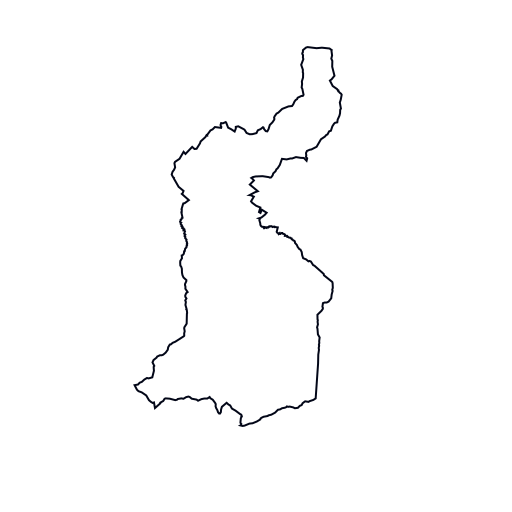 the district of Suseni, Harghita, Romania, rotated 329°
{"feature_id": "2599482B84922029149234", "entity_name": "Suseni", "entity_type": "district", "adm_level": 2, "iso_a3": "ROU", "parent_name": "Romania", "parent_adm1": "Harghita", "projection": "orthographic", "projection_center": [25.567, 46.618], "detail": "fine", "context": "isolated", "style": "outline", "palette": "ink", "viewbox_px": 512, "rotation_deg": 329, "n_neighbors": 0, "source": "geoboundaries", "source_scale": "gbopen_adm2", "svg_char_len": 6136}
<svg xmlns="http://www.w3.org/2000/svg" viewBox="0 0 512 512"><g transform="rotate(329 256 256)"><path d="M268.6,358.6L268.7,355.1L271.2,350.1L271.6,348.6L273.9,346.5L274.9,344.1L276.0,342.8L276.1,342.0L278.4,338.0L283.9,336.7L286.1,335.7L286.7,334.7L286.8,333.7L289.1,330.9L290.8,331.2L292.7,332.3L294.7,332.5L298.7,331.0L301.0,328.0L303.7,325.4L303.9,324.3L305.4,322.9L307.7,318.7L308.0,317.5L304.3,307.5L304.8,306.3L301.1,294.4L300.3,293.3L300.2,289.0L299.3,287.8L298.2,287.6L297.2,284.7L295.3,282.2L296.0,279.0L297.2,276.2L297.4,273.4L296.7,272.4L296.4,269.6L296.7,267.6L296.2,264.8L296.8,263.5L296.7,262.7L296.0,262.0L295.8,260.7L295.3,260.2L295.5,259.5L295.2,259.4L295.0,258.1L293.9,257.4L293.4,256.3L292.7,255.8L293.1,255.2L293.0,254.7L291.1,253.6L291.8,252.8L291.7,252.0L290.5,250.8L290.5,249.9L289.6,249.4L288.3,249.7L287.8,249.4L288.0,248.6L286.7,248.9L286.7,247.7L286.2,246.9L286.2,245.9L289.4,242.7L287.4,241.1L287.2,240.6L286.7,240.7L286.4,240.0L285.1,239.7L284.8,238.6L284.3,238.2L283.9,238.3L283.2,237.6L282.5,237.8L282.1,237.4L281.3,237.9L280.4,237.0L279.6,237.5L278.9,236.5L277.2,236.4L277.1,235.3L277.7,235.1L276.0,233.8L275.7,232.6L275.8,231.5L276.5,230.1L277.3,227.1L278.5,226.1L277.8,225.2L280.4,225.8L284.9,225.2L287.4,224.4L284.8,219.3L282.0,221.4L281.2,219.9L284.7,216.7L282.0,213.0L280.1,208.3L279.9,206.6L284.7,204.0L282.7,201.1L281.9,200.5L287.8,200.8L290.9,201.4L287.5,191.6L293.1,190.2L292.8,188.3L292.2,186.7L293.8,186.7L296.6,187.6L302.8,191.0L307.6,195.0L308.3,196.0L309.4,196.4L311.7,195.5L313.3,194.1L316.4,193.4L318.1,192.2L319.6,192.0L323.3,190.2L328.3,186.1L332.0,189.0L335.9,190.2L337.1,191.0L341.2,191.8L344.9,194.9L347.5,196.6L348.4,200.4L350.2,198.6L349.9,197.0L350.2,196.3L351.0,195.6L351.5,194.2L352.0,193.4L353.8,192.2L356.9,192.6L358.3,193.2L364.2,193.6L371.8,189.4L376.7,189.1L378.3,188.5L379.9,188.6L382.9,186.8L384.7,187.2L388.2,184.2L391.0,182.8L392.3,182.5L394.5,183.3L396.2,181.2L399.8,178.7L401.5,177.0L403.5,174.0L404.7,173.4L406.9,167.6L409.1,165.7L412.5,161.9L412.5,160.7L411.9,159.3L411.6,157.6L411.8,156.8L411.4,156.8L411.5,154.8L409.3,149.8L409.7,143.7L411.8,143.5L416.1,141.9L418.8,133.0L421.9,128.1L422.2,125.6L424.5,123.3L426.6,118.5L426.9,118.4L425.9,116.0L419.8,111.4L415.0,109.1L407.8,103.5L406.2,103.1L402.3,103.7L401.1,105.5L400.1,106.0L399.7,107.0L399.8,108.0L398.4,110.1L398.0,111.6L393.2,115.4L392.1,120.5L390.7,122.7L390.6,123.5L388.2,127.3L385.2,130.0L384.1,132.3L381.9,135.1L381.8,136.6L379.8,142.3L378.5,142.9L377.4,142.2L373.2,141.8L372.0,142.7L370.4,142.7L368.6,143.4L366.0,145.2L364.1,146.0L360.9,144.5L354.2,143.4L349.0,144.6L347.0,144.5L343.8,145.9L342.7,146.8L342.4,147.9L341.9,148.5L338.9,149.9L335.3,150.8L332.1,153.7L329.9,155.0L328.7,154.0L328.3,151.3L328.6,149.8L328.3,149.2L325.3,149.6L322.3,149.2L319.7,150.9L315.7,149.7L313.3,148.4L311.3,145.7L311.2,141.9L310.8,141.0L307.6,135.7L305.2,134.9L304.3,136.4L301.8,138.3L300.1,134.7L298.2,131.6L299.1,126.5L299.0,125.6L295.9,125.2L294.6,124.1L293.2,125.3L292.9,125.9L292.8,127.5L292.1,128.2L287.2,124.3L284.0,125.1L281.7,124.9L276.6,127.0L276.3,127.5L275.9,126.9L273.9,128.0L267.5,129.3L266.0,130.6L260.3,133.5L258.4,132.6L257.5,129.6L248.1,132.2L247.6,129.4L240.5,133.3L235.1,133.6L233.9,134.4L232.3,138.4L230.1,139.9L227.9,140.8L225.7,142.7L225.5,145.4L225.9,146.8L225.5,147.1L225.3,156.9L227.4,162.9L225.4,164.4L224.4,164.6L227.2,173.5L222.0,174.0L220.8,173.5L219.9,174.2L216.3,177.5L216.4,177.8L214.8,180.3L214.5,180.2L212.7,185.4L211.9,185.3L211.5,185.9L210.1,186.1L209.9,186.7L208.7,187.3L208.5,188.1L208.8,188.7L208.5,188.7L207.9,189.8L208.2,190.9L207.9,191.3L208.1,191.6L207.5,192.1L207.9,192.6L207.7,192.8L208.0,193.3L207.4,193.8L207.8,194.0L207.6,194.6L208.0,194.9L207.8,195.3L208.0,195.2L208.3,196.1L208.0,196.2L208.2,196.4L208.0,197.0L207.4,196.9L207.8,198.3L206.9,198.9L206.4,200.0L206.1,200.0L206.4,201.2L205.6,201.3L205.5,201.6L205.0,202.3L205.2,202.6L204.5,202.8L205.0,202.9L204.9,203.9L204.5,204.3L204.9,206.2L204.0,207.1L204.0,208.7L203.3,209.4L203.4,210.0L202.6,210.6L202.6,211.2L202.1,211.6L201.6,211.6L200.8,212.8L199.1,213.2L197.3,215.2L196.8,215.0L195.3,216.9L193.5,217.5L192.6,217.3L191.4,219.8L188.5,221.3L187.5,222.8L186.2,225.3L186.4,226.5L185.9,228.7L184.0,232.1L183.1,234.5L182.8,237.1L183.9,240.8L183.3,241.7L180.7,243.5L180.2,244.3L179.7,246.0L178.6,247.7L178.8,251.7L177.0,251.9L175.0,253.4L174.4,254.6L174.5,256.6L172.5,257.6L172.2,259.3L170.3,261.6L169.2,265.7L168.8,265.8L168.8,266.8L167.6,269.4L167.1,269.8L161.7,278.3L157.9,280.2L157.2,281.0L156.1,283.8L154.6,285.3L153.4,287.4L152.9,287.6L142.6,287.9L139.9,287.5L137.5,287.9L136.5,287.5L133.7,289.0L132.1,290.9L128.8,292.3L125.6,292.8L124.0,292.5L122.5,291.6L119.5,291.3L118.4,291.9L114.6,292.4L112.5,293.9L112.2,297.8L111.4,298.1L110.8,299.0L109.4,301.8L104.6,306.6L100.9,305.6L99.7,304.4L96.6,304.4L93.3,305.1L91.0,304.7L88.7,305.4L85.4,304.2L85.1,309.2L85.3,310.2L85.7,311.4L87.8,314.0L90.1,319.0L90.0,324.5L90.8,326.9L91.8,328.8L93.1,329.0L91.1,334.3L98.1,333.0L98.4,332.4L101.8,332.5L104.1,331.3L105.2,331.5L108.6,333.9L112.6,338.0L114.3,338.5L115.3,338.3L118.7,339.6L120.3,341.0L123.5,341.0L125.7,341.7L126.6,342.8L127.4,345.2L131.1,348.5L131.8,350.2L135.6,350.6L138.4,351.6L140.9,353.1L143.6,353.0L143.6,354.4L144.9,356.9L145.3,360.9L145.2,362.2L143.9,364.1L143.5,366.0L143.5,368.1L143.0,370.4L143.3,372.1L144.0,372.5L145.5,371.7L146.9,369.7L149.1,367.7L155.2,366.7L155.9,369.1L156.9,370.8L156.8,374.4L158.8,378.0L161.0,383.4L161.5,384.1L161.6,385.2L160.8,386.0L161.0,386.3L159.4,387.3L156.9,390.7L156.7,391.6L156.9,392.4L156.1,393.2L155.4,393.2L157.0,394.8L158.8,395.5L164.1,396.3L166.9,397.6L171.5,398.3L175.5,398.3L176.1,397.7L177.2,397.5L179.7,397.7L183.7,399.2L184.5,399.0L187.4,399.9L191.7,400.1L195.6,399.1L197.7,399.9L199.9,399.9L202.6,400.9L204.6,401.2L205.0,400.9L206.3,402.1L207.3,402.4L209.9,404.9L210.9,406.5L213.7,407.7L216.4,407.0L218.3,407.3L220.1,406.2L222.7,405.9L223.3,405.9L225.9,408.1L227.1,408.0L231.0,408.9L233.8,408.8L253.8,380.2L258.6,372.6L261.7,368.8L262.4,367.1L263.9,365.5L264.1,364.6L265.5,363.1L266.3,361.5L268.6,358.6Z" fill="none" stroke="#020617" stroke-width="2"/></g></svg>